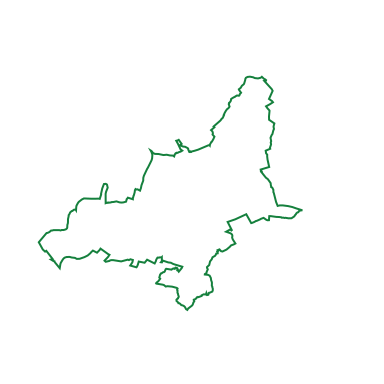 Hereclean, Salaj, Romania (Natural Earth projection), rotated 212°
{"feature_id": "2599482B77807603099760", "entity_name": "Hereclean", "entity_type": "district", "adm_level": 2, "iso_a3": "ROU", "parent_name": "Romania", "parent_adm1": "Salaj", "projection": "natural_earth1", "projection_center": [22.997, 47.257], "detail": "fine", "context": "isolated", "style": "outline", "palette": "green", "viewbox_px": 384, "rotation_deg": 212, "n_neighbors": 0, "source": "geoboundaries", "source_scale": "gbopen_adm2", "svg_char_len": 6034}
<svg xmlns="http://www.w3.org/2000/svg" viewBox="0 0 384 384"><g transform="rotate(212 192 192)"><path d="M193.8,326.7L194.0,325.9L194.4,325.2L196.2,323.3L199.1,321.9L200.9,321.7L204.0,320.5L205.9,319.0L206.8,317.4L206.7,316.2L206.2,315.1L205.3,311.8L205.2,310.8L206.0,308.5L205.9,306.2L206.7,303.9L206.0,303.4L203.0,302.2L203.3,300.4L203.0,299.0L203.2,298.5L205.0,297.7L206.0,295.8L206.1,295.2L206.6,294.7L207.5,293.0L208.1,291.6L207.4,289.9L207.4,288.5L207.8,287.2L207.3,286.6L207.4,286.0L205.4,284.3L205.5,282.5L206.2,280.6L206.3,278.6L206.2,276.4L205.9,274.1L205.6,274.1L205.2,271.2L205.7,269.6L205.6,269.3L205.8,267.6L208.4,259.0L207.3,258.7L208.6,254.6L206.8,254.2L206.2,253.7L205.4,252.9L205.0,251.6L202.3,250.8L201.9,248.1L201.8,245.1L202.1,244.8L202.0,242.9L202.0,242.0L201.5,240.8L202.1,241.0L202.9,240.2L209.2,231.2L211.7,228.3L213.8,226.1L213.9,225.5L214.7,225.1L214.9,225.2L214.9,224.8L215.2,224.6L215.5,224.5L217.8,226.1L218.3,226.8L219.1,226.9L221.8,226.7L223.7,225.8L226.8,225.3L226.9,225.5L226.3,227.3L230.9,229.2L231.3,228.4L232.5,227.1L229.4,225.4L224.3,222.1L222.2,221.9L223.1,220.1L224.0,219.2L225.0,217.5L225.7,217.3L226.0,216.3L226.4,216.2L226.5,214.7L226.0,212.7L227.4,212.8L230.1,211.3L233.2,210.2L235.8,208.2L240.5,206.5L243.6,204.7L245.6,204.4L248.1,205.3L249.1,205.3L247.5,204.4L245.7,202.9L245.2,202.3L243.7,199.5L243.1,197.5L242.3,189.3L242.3,187.8L241.4,180.3L240.8,178.2L239.4,175.8L238.4,170.9L237.4,168.3L236.8,165.6L239.6,165.4L240.3,164.7L241.4,164.6L241.3,164.1L241.4,163.4L240.4,161.2L239.5,158.1L239.6,157.9L239.0,156.1L239.1,155.8L238.3,154.5L243.4,153.2L243.4,152.0L243.6,151.4L242.8,148.9L244.7,146.8L246.3,145.6L248.0,144.8L251.1,144.0L253.2,142.0L255.0,140.7L255.2,140.2L258.2,137.8L258.2,138.1L258.6,137.8L259.3,136.8L264.3,144.7L265.0,146.7L265.8,151.0L267.9,153.1L268.3,153.3L269.5,153.2L270.9,152.1L270.0,147.5L268.1,142.1L267.9,142.0L267.7,141.7L266.6,137.3L267.1,137.2L273.7,133.0L280.2,129.3L281.4,127.4L282.8,123.6L282.9,122.1L282.7,119.2L282.2,117.9L280.7,115.1L281.3,115.4L282.0,115.0L282.8,114.3L283.4,112.5L283.9,112.1L284.5,110.1L284.2,108.0L284.3,107.0L283.7,105.9L282.8,103.3L281.2,100.7L280.6,99.4L280.3,98.1L279.0,95.8L278.8,95.2L278.9,94.3L279.2,93.5L280.2,92.3L280.9,91.6L282.4,90.7L283.0,89.8L284.4,89.3L289.2,86.3L290.3,85.1L291.1,84.6L291.7,82.5L292.8,80.8L293.6,80.1L295.3,68.2L288.1,64.2L285.0,63.6L284.4,64.9L274.6,61.3L275.8,60.0L273.2,60.0L271.9,60.4L271.3,59.8L263.8,57.3L265.4,61.1L265.7,62.2L265.8,66.2L265.6,67.8L265.1,69.0L263.9,70.4L261.4,72.1L259.3,72.7L256.4,74.1L254.3,74.2L251.9,75.8L248.7,79.8L246.8,82.9L245.8,86.1L245.6,87.6L245.0,89.8L240.4,90.2L239.6,94.0L239.6,95.5L230.3,94.9L228.7,95.0L228.8,92.3L229.8,87.4L228.2,87.1L225.5,89.8L225.2,90.6L224.4,91.4L222.6,92.5L215.3,95.6L210.6,100.6L209.4,100.8L208.6,102.3L206.1,103.0L205.4,101.1L205.3,100.4L205.4,96.9L199.2,98.7L199.1,99.5L199.4,101.6L200.3,104.8L194.7,106.9L194.2,110.8L185.8,111.6L186.0,114.1L186.4,115.5L186.5,116.6L186.5,118.0L186.2,118.4L185.3,118.7L184.7,119.5L183.2,120.4L183.1,120.8L181.2,117.9L181.0,117.1L181.1,116.0L180.2,116.4L180.3,118.4L174.8,119.7L172.5,120.8L169.8,121.0L167.8,121.5L160.6,123.5L160.4,122.0L161.0,117.4L162.1,117.9L162.7,117.8L162.6,118.5L164.2,119.6L164.7,119.4L164.7,119.2L165.2,119.4L165.9,119.2L166.1,118.5L165.9,117.7L166.4,117.4L167.3,117.3L167.9,116.4L168.2,115.3L173.2,113.2L173.4,112.5L173.0,110.1L173.1,109.7L173.3,109.2L173.9,108.8L174.6,107.1L175.1,106.7L175.1,105.8L175.3,105.2L174.4,102.1L173.0,101.6L173.3,98.4L173.9,96.8L174.1,95.6L173.7,95.4L167.7,97.9L166.5,98.2L164.2,97.9L162.9,99.1L158.7,101.2L154.1,102.6L153.1,102.5L152.8,101.1L152.1,100.8L150.9,98.8L150.2,98.5L149.1,97.3L147.9,96.4L147.6,95.6L147.7,94.6L147.5,94.3L147.8,93.8L148.1,92.4L147.4,91.4L145.6,91.1L144.6,90.5L144.1,90.9L142.8,90.9L141.1,90.4L139.9,90.9L138.1,91.0L137.0,90.7L134.9,89.5L133.5,89.5L133.5,91.2L131.9,95.4L131.7,96.5L131.9,97.9L132.3,99.1L132.1,100.4L132.7,101.1L133.4,101.4L133.4,101.7L132.8,102.3L132.1,103.7L132.1,105.1L131.8,105.2L131.4,106.1L131.0,106.1L130.3,106.9L128.7,109.0L128.7,109.3L129.0,109.6L127.9,111.4L126.1,112.3L126.0,112.7L126.2,113.6L125.2,112.6L124.7,112.5L123.7,113.5L123.8,114.0L124.4,114.9L124.2,115.5L123.8,115.7L122.0,118.3L122.3,119.7L123.2,121.1L124.2,121.9L124.7,122.6L125.5,123.0L127.0,125.6L127.9,126.5L128.9,127.2L130.5,129.1L132.7,130.4L134.6,130.2L137.4,128.8L137.6,129.2L136.8,130.8L137.3,132.3L137.6,134.7L138.1,135.1L138.9,135.5L139.5,136.2L138.7,139.2L139.9,142.7L139.6,145.3L140.0,147.5L138.6,150.2L138.6,151.5L138.8,152.6L137.7,153.6L138.2,154.4L139.2,154.9L139.2,155.1L138.5,155.9L138.5,156.3L139.3,156.5L138.3,157.9L136.0,157.2L134.6,157.7L132.2,161.5L130.9,165.5L130.6,167.4L128.8,169.7L127.9,171.3L132.3,173.4L133.8,174.6L134.5,176.2L135.3,177.0L136.4,177.4L138.0,177.3L142.0,176.4L139.9,180.2L138.9,180.4L138.3,180.2L138.1,180.8L145.9,185.5L140.8,191.8L134.2,201.9L125.3,197.0L124.8,197.5L123.4,199.4L122.4,201.3L121.9,201.7L119.8,204.8L119.3,205.8L117.6,208.0L114.1,207.8L112.9,208.1L111.8,208.9L113.7,212.5L112.6,213.2L107.0,215.7L105.0,216.9L102.7,217.9L102.2,217.8L101.1,218.6L99.8,219.0L99.2,219.6L96.1,220.9L93.7,222.5L92.3,225.6L92.4,226.7L92.1,228.1L92.2,229.1L91.8,230.5L91.1,231.2L91.2,232.3L91.0,232.8L90.2,233.8L88.7,235.0L94.6,233.4L99.0,232.4L103.0,231.0L107.8,228.8L110.5,227.1L112.0,225.6L115.4,228.1L122.1,234.5L122.8,234.9L124.2,237.0L126.2,238.2L127.6,238.2L127.7,238.6L128.8,239.6L130.0,241.2L134.5,243.1L136.9,243.3L144.4,245.9L144.5,246.0L143.9,246.4L145.6,247.5L139.8,254.1L145.1,259.5L147.1,262.0L148.0,263.5L149.7,264.1L151.4,266.1L148.6,270.1L149.3,270.7L150.1,274.0L150.3,274.5L151.4,275.6L151.8,277.1L154.1,279.5L154.6,282.3L154.5,283.7L155.6,287.1L155.9,288.9L157.4,290.5L157.9,291.8L158.5,293.8L164.9,294.1L166.7,296.8L169.3,302.0L169.6,302.2L172.4,303.0L174.6,303.9L172.5,307.6L170.9,311.0L172.2,311.5L176.0,311.7L177.2,320.5L178.9,321.5L189.5,324.5L188.7,325.2L188.3,325.7L188.4,326.1L189.5,326.3L190.9,326.1L193.8,326.7Z" fill="none" stroke="#15803d" stroke-width="2"/></g></svg>